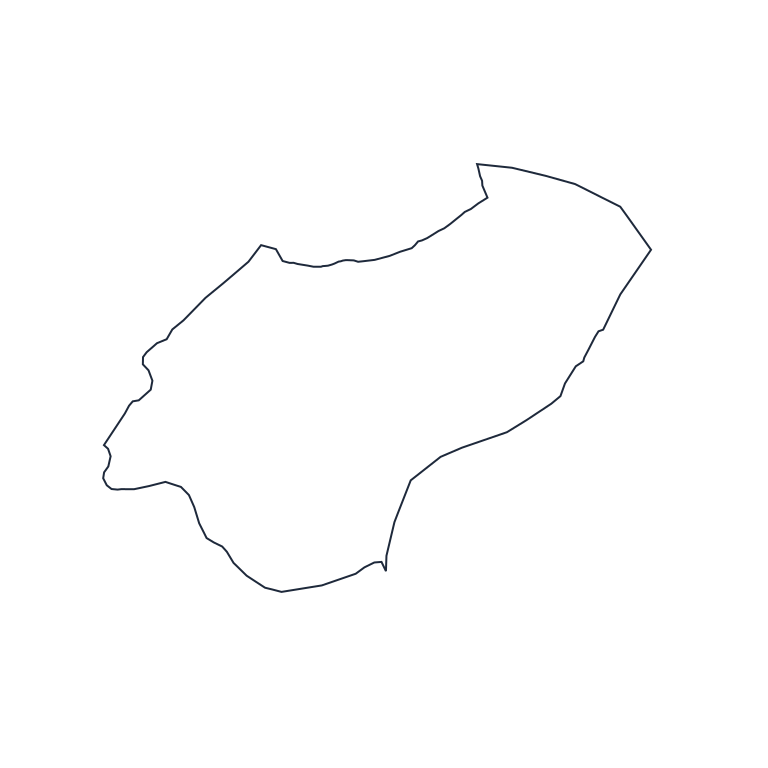 Surulere, Oyo, Nigeria (Natural Earth projection), rotated 71°
{"feature_id": "59680162B17719625697929", "entity_name": "Surulere", "entity_type": "district", "adm_level": 2, "iso_a3": "NGA", "parent_name": "Nigeria", "parent_adm1": "Oyo", "projection": "natural_earth1", "projection_center": [4.404, 8.096], "detail": "fine", "context": "isolated", "style": "outline", "palette": "slate", "viewbox_px": 768, "rotation_deg": 71, "n_neighbors": 0, "source": "geoboundaries", "source_scale": "gbopen_adm2", "svg_char_len": 1819}
<svg xmlns="http://www.w3.org/2000/svg" viewBox="0 0 768 768"><g transform="rotate(71 384 384)"><path d="M510.5,412.8L483.8,390.1L482.2,385.5L471.3,354.2L470.7,346.1L469.6,331.0L469.6,311.3L469.6,307.7L469.6,283.5L464.6,261.2L457.1,232.2L452.9,221.1L442.4,212.7L429.7,196.9L428.9,193.8L427.4,188.2L424.2,186.0L418.4,179.8L408.1,169.1L404.0,164.0L404.0,159.1L376.2,131.4L357.0,105.4L344.0,87.8L303.8,99.7L293.3,102.9L278.1,117.8L257.2,138.2L239.8,163.4L221.2,192.6L206.4,224.4L211.0,224.6L218.8,225.5L223.8,225.1L228.4,226.4L241.5,225.5L243.9,235.9L246.2,243.0L246.8,244.8L247.6,251.6L249.4,255.9L251.7,262.3L254.2,269.2L256.4,276.3L257.1,282.7L260.1,295.7L260.6,301.4L260.3,305.4L262.9,309.7L264.6,313.6L264.2,325.7L264.7,336.9L263.6,352.4L261.1,363.9L260.0,368.7L257.3,372.3L254.8,378.7L254.4,380.0L253.9,382.7L253.9,384.9L253.5,387.1L254.0,391.5L254.1,394.2L253.9,398.4L253.2,401.3L252.6,403.5L252.6,405.4L250.1,412.6L247.2,417.6L242.4,426.6L240.0,430.0L238.7,433.9L234.7,439.8L221.3,442.3L212.7,455.0L224.3,472.4L233.4,495.5L236.3,502.9L244.4,524.7L258.5,552.8L263.5,566.4L270.9,574.9L271.5,585.3L276.7,598.1L280.1,603.1L286.9,605.6L294.4,602.2L305.5,601.9L313.4,606.4L319.6,621.2L318.6,627.2L321.5,632.1L327.5,638.6L350.6,668.7L355.4,666.0L363.3,666.0L372.2,671.5L376.4,677.4L381.7,680.2L389.5,679.1L394.6,675.8L397.1,670.3L397.9,666.6L402.1,654.6L404.0,639.4L405.4,622.5L407.7,619.5L412.6,613.0L415.2,609.5L425.5,604.6L438.6,603.5L455.5,604.1L465.7,602.7L471.9,601.9L478.4,596.5L485.0,589.9L491.5,587.2L504.2,584.5L508.7,582.2L513.5,579.8L520.5,576.3L529.3,569.5L537.9,562.8L542.0,556.4L547.2,548.6L552.2,519.8L554.2,508.4L554.2,493.7L554.2,486.1L554.2,485.3L554.2,472.5L551.0,462.2L549.6,451.3L551.4,444.3L561.6,443.1L547.2,437.6L518.0,419.1L510.5,412.8Z" fill="none" stroke="#1e293b" stroke-width="2"/></g></svg>